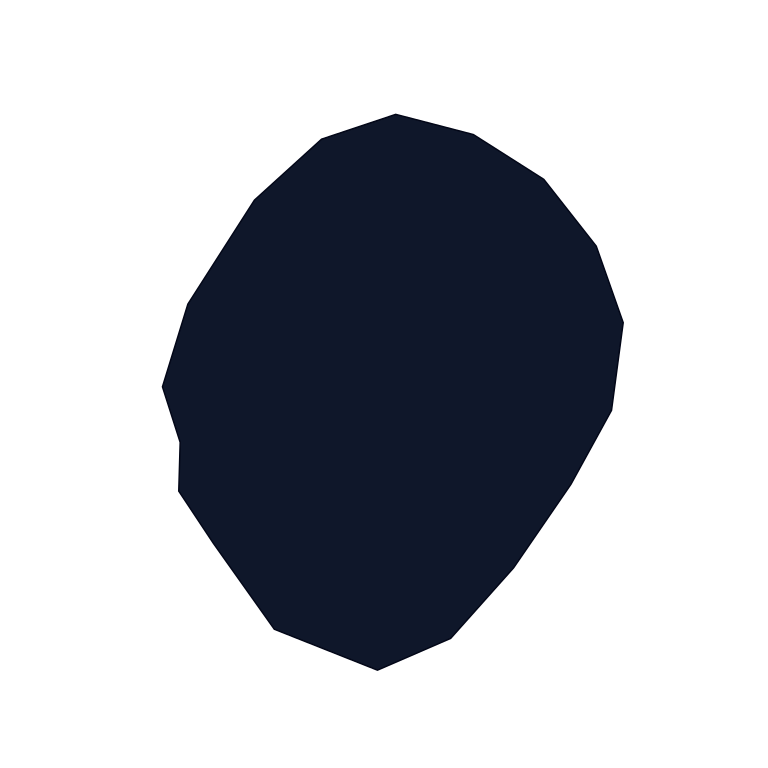 outline of Bamako, rotated 39°
{"feature_id": "MLI-2792", "entity_name": "Bamako", "entity_type": "District", "adm_level": 1, "iso_a3": "MLI", "parent_name": "Mali", "parent_adm1": "", "projection": "orthographic", "projection_center": [-8.0, 12.623], "detail": "fine", "context": "isolated", "style": "filled", "palette": "ink", "viewbox_px": 768, "rotation_deg": 39, "n_neighbors": 0, "source": "natural_earth", "source_scale": "10m", "svg_char_len": 398}
<svg xmlns="http://www.w3.org/2000/svg" viewBox="0 0 768 768"><g transform="rotate(39 384 384)"><path d="M379.4,124.4L462.2,143.3L531.3,185.8L577.4,261.3L592.4,344.3L600.4,445.3L595.9,539.7L559.0,610.5L453.1,643.6L351.7,615.2L291.9,596.4L262.3,557.6L213.6,525.6L181.3,445.3L167.6,322.6L181.4,233.0L223.4,167.1L296.5,133.9L379.4,124.4Z" fill="#0f172a" stroke="#020617" stroke-width="1.5"/></g></svg>